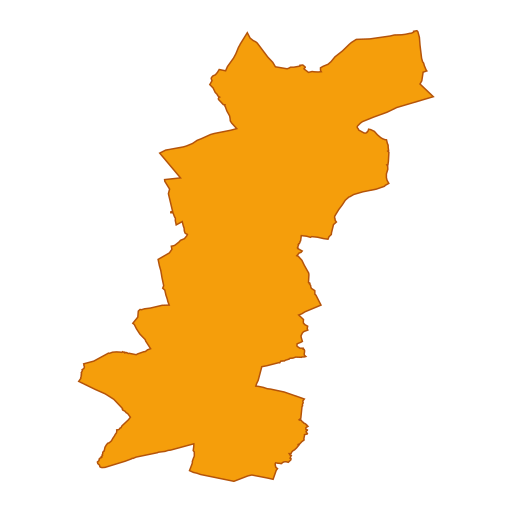 the district of Audnedal nor, Vest-Agder, Norway
{"feature_id": "86288312B28435141064864", "entity_name": "Audnedal nor", "entity_type": "district", "adm_level": 2, "iso_a3": "NOR", "parent_name": "Norway", "parent_adm1": "Vest-Agder", "projection": "natural_earth1", "projection_center": [7.384, 58.371], "detail": "fine", "context": "isolated", "style": "filled", "palette": "amber", "viewbox_px": 512, "rotation_deg": 0, "n_neighbors": 0, "source": "geoboundaries", "source_scale": "gbopen_adm2", "svg_char_len": 6024}
<svg xmlns="http://www.w3.org/2000/svg" viewBox="0 0 512 512"><path d="M273.1,479.3L276.2,470.4L277.5,468.6L275.7,467.3L275.7,466.3L275.4,466.0L275.2,464.1L275.2,463.6L275.7,462.8L277.6,463.2L280.3,463.4L281.0,463.7L281.7,463.5L282.3,462.7L283.9,461.9L286.0,461.7L288.3,462.3L290.8,459.9L291.0,459.0L291.0,458.6L290.1,458.2L290.4,457.8L290.3,457.4L291.3,455.5L289.8,454.9L289.6,454.2L289.2,453.6L291.0,453.6L291.7,452.1L292.6,451.0L294.6,449.8L296.5,448.0L298.8,445.2L298.2,445.1L298.1,444.5L299.8,443.8L302.0,441.5L304.0,440.1L304.0,439.2L303.8,438.9L304.5,435.5L304.5,434.6L307.2,434.0L307.4,433.5L306.5,432.6L306.2,431.9L306.4,431.8L306.2,431.2L306.6,430.6L307.3,430.4L307.4,429.9L305.9,429.3L305.8,428.0L306.1,427.5L307.9,426.4L307.6,426.2L307.6,425.9L306.6,425.2L306.3,424.9L306.5,424.7L305.1,423.6L303.9,423.2L303.5,422.5L302.2,421.7L301.1,420.1L300.0,420.3L299.1,419.8L300.8,418.3L302.0,406.5L302.6,405.8L302.4,404.6L302.7,403.5L303.2,402.9L302.8,401.0L304.3,399.0L284.2,392.0L270.6,389.1L267.2,388.7L263.4,387.4L258.6,386.4L255.8,386.1L256.7,383.4L258.2,380.3L261.8,366.7L267.0,365.7L278.6,362.7L279.7,362.8L280.6,361.4L281.1,361.0L282.0,361.2L282.7,360.9L284.2,361.0L285.5,360.2L289.1,359.1L289.1,358.9L290.0,358.3L292.9,358.1L295.7,357.1L301.5,357.3L301.8,357.0L304.4,356.9L305.8,356.5L304.4,355.2L304.2,353.8L304.5,352.2L304.6,350.7L304.1,349.4L303.2,349.3L303.2,348.2L299.9,348.2L297.2,346.4L296.9,345.7L297.1,343.8L301.0,342.2L302.4,341.4L301.3,337.8L301.0,335.9L302.3,333.1L303.2,332.1L304.2,331.4L307.8,330.1L307.2,328.5L307.7,326.2L304.6,324.5L304.5,324.1L303.5,323.3L303.3,321.8L303.5,319.5L298.7,315.0L301.8,313.8L305.0,311.8L321.0,305.1L315.9,295.1L314.9,294.2L314.8,290.6L311.4,288.4L310.8,287.0L310.6,285.4L309.4,283.8L309.9,283.4L309.8,283.1L308.5,282.4L308.9,274.9L308.7,273.1L304.3,265.3L301.9,260.3L298.2,256.2L296.8,255.7L299.1,253.0L301.0,252.4L302.2,251.0L297.7,248.5L298.0,248.0L297.5,247.5L298.4,245.3L298.5,244.9L298.3,244.5L298.7,244.3L298.7,243.7L299.4,243.4L299.9,242.5L300.0,241.5L300.6,240.8L301.3,235.6L306.6,236.2L310.5,237.3L311.7,236.6L317.5,237.2L323.6,238.6L328.0,239.2L329.0,236.7L331.3,234.5L331.5,232.7L333.5,224.6L336.4,222.0L335.2,220.4L335.0,218.7L334.6,217.9L334.7,216.2L338.7,209.6L342.3,204.8L345.3,200.2L348.9,197.0L349.9,196.7L353.7,194.5L362.9,191.8L376.4,189.1L384.4,186.3L385.4,185.3L388.8,183.4L387.0,180.2L386.4,177.6L386.4,173.9L387.8,169.3L387.7,166.4L386.9,164.9L387.9,164.9L388.4,161.3L388.9,152.2L387.8,151.1L388.6,150.6L388.2,147.5L388.1,145.1L387.3,143.2L386.5,139.8L385.1,139.7L382.5,138.7L380.7,137.6L377.4,134.8L374.4,131.4L370.7,129.6L368.6,129.2L368.1,131.0L367.2,131.8L367.3,132.0L366.9,132.5L365.8,133.1L364.1,133.0L358.8,130.1L358.2,128.8L357.3,127.7L357.2,126.7L357.6,125.9L360.4,123.1L362.5,121.6L373.6,117.1L387.1,112.2L396.8,107.5L433.3,96.7L420.0,84.0L421.8,80.8L423.1,72.2L426.8,70.9L426.3,70.3L425.8,69.2L424.3,65.6L423.6,63.1L422.6,61.8L421.6,58.3L420.0,45.1L419.4,37.4L417.9,31.8L416.9,30.7L413.6,31.3L413.7,32.1L411.2,33.3L410.0,33.3L405.4,34.3L401.4,34.8L394.3,35.0L390.2,36.0L369.9,38.9L356.3,39.4L351.4,42.5L349.2,44.4L342.4,51.0L335.0,56.8L331.0,61.7L328.0,64.3L323.1,66.3L320.5,67.8L320.5,70.3L321.3,71.7L318.1,72.0L314.2,71.8L312.1,71.5L308.5,72.4L304.2,69.1L304.0,68.5L305.2,67.5L305.1,66.9L302.8,65.0L299.9,65.3L299.9,66.1L293.8,67.2L290.5,67.2L289.2,68.0L287.2,68.8L275.4,66.8L272.8,62.4L267.8,57.1L257.2,43.0L255.7,41.8L253.1,40.5L250.1,38.1L247.3,32.7L240.1,44.3L240.0,44.7L238.5,47.3L235.9,53.7L233.6,58.0L227.5,66.5L225.6,70.8L219.2,69.5L217.5,72.3L215.4,74.8L212.9,75.9L211.5,77.5L211.2,78.6L212.0,80.7L209.8,84.6L213.1,88.0L215.2,92.4L217.4,94.7L217.5,95.4L218.3,96.3L219.6,97.1L218.7,97.6L218.3,98.9L218.9,99.9L223.4,104.7L225.0,104.8L224.8,105.9L225.3,106.7L226.9,111.0L229.6,115.9L230.1,118.5L230.3,120.9L231.6,123.0L236.7,128.6L230.9,130.2L214.2,133.5L210.6,134.5L201.1,138.8L197.2,140.3L192.5,143.5L186.4,146.0L183.4,146.9L165.7,150.1L159.7,153.1L180.5,177.9L164.6,179.6L164.8,181.3L169.6,189.1L168.4,193.7L172.6,211.4L170.8,211.9L170.8,212.7L173.0,212.8L174.6,217.0L175.2,217.8L175.4,218.6L175.3,220.5L176.2,224.9L182.2,221.6L183.4,226.2L184.1,228.1L184.3,230.9L185.0,232.9L185.4,233.4L187.4,234.4L186.8,235.8L184.4,238.7L180.5,240.3L179.1,241.9L175.1,245.1L173.8,245.7L171.3,246.2L171.9,249.3L169.4,252.9L158.1,259.4L159.4,265.7L160.8,270.6L162.0,277.7L163.7,285.7L162.7,288.2L164.8,290.1L165.9,295.0L167.3,299.2L167.9,301.7L169.2,305.1L162.1,305.3L150.2,308.1L144.5,308.8L141.6,309.7L140.0,309.5L138.3,311.1L137.8,317.1L132.8,323.3L134.3,324.5L136.4,328.7L139.9,334.1L145.2,339.6L145.7,341.1L150.6,348.7L147.5,349.8L145.4,351.5L143.6,351.8L137.6,353.9L136.2,354.7L129.2,353.3L128.2,353.5L126.9,352.7L125.9,352.7L126.1,352.5L125.8,352.4L124.8,352.9L124.3,352.1L123.1,352.2L122.7,351.7L121.4,352.4L120.1,352.1L116.4,351.9L112.5,352.2L109.6,353.3L108.5,353.1L93.8,361.1L83.8,363.8L84.1,364.3L83.8,364.9L84.4,366.9L83.9,368.5L82.1,369.7L82.4,370.7L81.2,372.9L81.5,373.3L81.6,374.0L81.4,374.2L81.1,375.2L81.4,375.7L80.7,377.8L80.8,378.4L78.7,381.4L95.4,389.5L105.1,393.8L113.8,399.3L121.1,407.0L122.5,408.6L122.3,409.1L122.7,410.0L124.9,411.2L126.2,412.7L127.7,413.6L130.4,417.2L128.5,419.7L122.0,425.8L121.0,427.7L120.0,428.1L119.2,429.3L118.4,429.7L116.7,429.9L116.8,431.0L116.4,433.0L115.3,434.3L114.3,436.2L112.9,438.2L111.4,440.9L109.2,442.8L107.8,443.2L106.5,444.7L105.0,447.2L104.1,451.1L103.5,451.3L102.8,452.3L102.7,453.9L102.2,454.6L102.5,455.5L101.3,456.5L101.8,457.1L101.2,457.7L100.3,457.9L99.2,459.0L99.3,459.5L99.1,459.7L99.0,460.6L97.4,462.0L97.8,463.6L99.5,465.1L99.9,466.7L100.3,467.1L101.9,467.6L105.0,467.4L125.2,461.2L131.6,458.8L132.1,458.3L133.1,458.4L136.1,457.1L157.4,452.7L158.4,452.2L165.0,451.4L168.1,450.4L170.6,450.1L193.8,443.8L193.8,446.2L193.2,450.6L194.3,451.9L194.3,456.2L193.5,458.0L192.3,461.5L192.4,462.5L192.1,463.8L189.5,470.6L193.4,472.4L196.9,473.2L200.6,474.5L233.9,481.3L247.9,475.9L251.8,475.0L267.8,478.1L273.1,479.3Z" fill="#f59e0b" stroke="#b45309" stroke-width="1.5"/></svg>